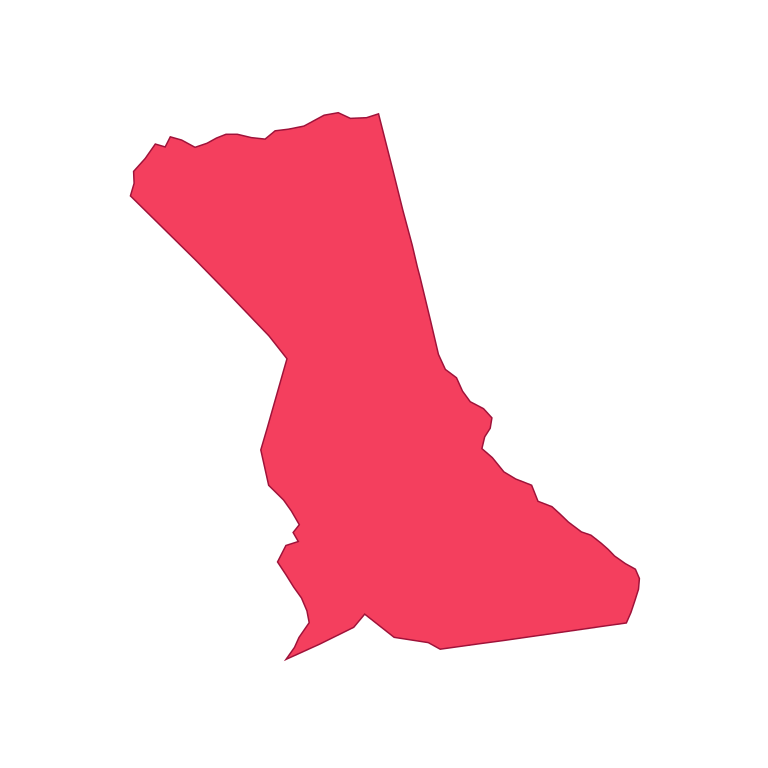 outline of João Alfredo, Pernambuco, Brazil, rotated 74°
{"feature_id": "56859067B12344911286731", "entity_name": "João Alfredo", "entity_type": "district", "adm_level": 2, "iso_a3": "BRA", "parent_name": "Brazil", "parent_adm1": "Pernambuco", "projection": "robinson", "projection_center": [-35.594, -7.855], "detail": "fine", "context": "isolated", "style": "filled", "palette": "rose", "viewbox_px": 768, "rotation_deg": 74, "n_neighbors": 0, "source": "geoboundaries", "source_scale": "gbopen_adm2", "svg_char_len": 1294}
<svg xmlns="http://www.w3.org/2000/svg" viewBox="0 0 768 768"><g transform="rotate(74 384 384)"><path d="M110.6,353.2L109.1,367.5L114.0,389.9L112.7,405.7L110.6,418.9L115.8,430.8L110.6,443.6L103.5,456.2L100.4,467.1L101.4,477.3L103.8,487.8L104.4,500.4L93.7,511.3L87.5,521.3L95.8,529.0L90.3,537.7L101.4,551.4L110.6,566.1L122.2,568.9L133.3,575.9L213.7,530.5L255.2,508.1L289.4,490.1L305.9,481.4L333.0,470.3L342.9,476.5L393.7,508.1L413.4,520.6L449.6,522.8L467.9,512.5L480.4,508.1L495.9,504.2L501.7,512.3L511.8,509.8L512.2,522.8L525.7,535.4L540.7,530.7L554.3,526.8L567.0,522.3L580.8,520.6L592.8,521.7L604.2,535.6L612.5,542.6L621.7,554.1L616.3,517.4L609.5,480.1L599.9,466.0L630.3,444.1L644.8,412.7L654.4,403.1L659.7,365.8L663.6,339.3L677.5,238.2L680.5,216.9L671.7,209.6L661.5,202.6L651.4,195.9L641.4,192.1L631.3,193.4L623.2,201.5L612.9,209.8L604.8,214.1L597.1,219.0L586.4,226.7L580.6,235.0L567.6,244.8L558.4,250.1L548.3,256.3L539.2,268.3L522.0,270.0L511.6,283.6L501.5,293.0L484.8,300.1L473.1,307.7L462.6,301.8L455.8,294.1L446.3,289.6L435.2,295.1L424.8,306.0L412.5,310.5L398.0,312.6L386.9,321.0L370.6,323.5L335.6,321.8L290.9,319.9L280.8,319.7L258.2,318.6L222.3,318.0L179.5,316.5L155.9,315.8L122.8,314.8L123.2,327.4L119.4,343.1L110.6,353.2Z" fill="#f43f5e" stroke="#9f1239" stroke-width="1.5"/></g></svg>